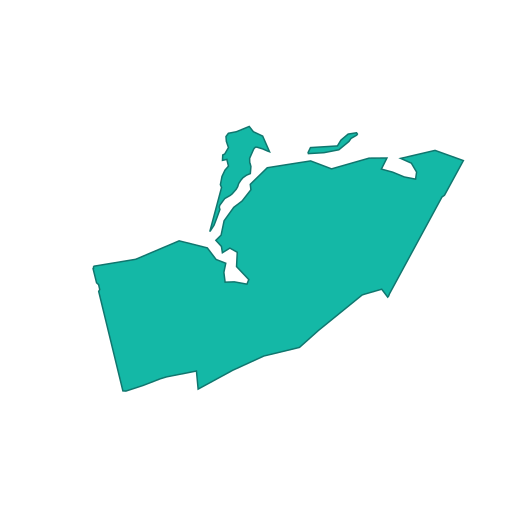 the district of Juneau, Alaska, United States of America, rotated 118°
{"feature_id": "52423323B73641468228234", "entity_name": "Juneau", "entity_type": "district", "adm_level": 2, "iso_a3": "USA", "parent_name": "United States of America", "parent_adm1": "Alaska", "projection": "natural_earth1", "projection_center": [-134.408, 58.383], "detail": "fine", "context": "isolated", "style": "filled", "palette": "teal", "viewbox_px": 512, "rotation_deg": 118, "n_neighbors": 0, "source": "geoboundaries", "source_scale": "gbopen_adm2", "svg_char_len": 1670}
<svg xmlns="http://www.w3.org/2000/svg" viewBox="0 0 512 512"><g transform="rotate(118 256 256)"><path d="M74.4,117.7L78.7,147.5L101.9,174.1L101.1,162.4L106.5,153.6L113.2,151.2L116.6,162.2L117.8,174.7L120.4,186.1L108.0,186.4L116.5,202.1L143.6,230.2L146.4,252.4L161.4,272.4L172.8,287.5L195.4,294.7L199.9,291.6L214.0,294.1L223.5,298.5L239.9,300.7L254.0,296.6L261.0,298.8L263.8,291.0L268.9,287.2L261.3,282.8L261.5,274.3L274.5,268.2L280.2,251.3L285.1,250.8L289.0,263.0L293.6,271.0L285.5,276.7L276.6,279.3L277.8,289.6L271.7,302.8L278.7,331.0L315.4,360.7L341.0,394.2L342.1,394.3L343.3,393.6L343.7,393.9L354.5,384.2L355.2,381.5L359.0,378.2L361.1,378.3L437.6,310.2L436.3,307.4L423.3,294.9L409.5,283.0L404.7,278.2L385.5,254.6L400.7,244.6L367.8,222.9L340.6,202.1L316.3,174.7L292.4,165.9L240.6,144.0L238.8,142.3L226.3,129.4L230.5,120.4L229.1,120.1L226.7,120.4L116.6,119.5L113.9,118.1L74.4,117.7ZM255.5,308.4L255.4,308.1L248.4,307.5L240.4,308.5L231.9,309.7L230.0,311.4L228.1,311.8L220.0,310.6L214.6,307.2L212.3,306.2L206.3,304.8L203.4,304.7L200.3,305.3L196.5,305.0L193.1,304.3L189.1,302.3L185.9,299.7L179.4,302.5L176.9,304.8L176.8,305.2L172.7,307.5L163.3,308.2L162.1,308.2L160.2,307.6L159.5,306.4L158.3,300.3L157.9,295.0L157.6,293.0L147.0,306.4L147.5,316.7L144.8,322.8L155.5,331.7L160.6,338.0L164.6,338.6L168.7,336.0L173.2,331.2L180.6,331.5L182.4,332.8L187.3,330.5L184.4,327.1L189.6,322.5L194.7,323.7L201.7,323.4L209.8,320.9L211.6,318.6L255.5,308.4ZM100.7,223.7L100.0,225.1L105.1,231.9L113.8,235.4L120.6,235.8L134.7,258.8L140.2,258.6L141.0,257.8L132.8,244.4L123.3,232.7L111.2,227.7L107.6,227.3L102.0,223.8L100.7,223.7Z" fill="#14b8a6" stroke="#0f766e" stroke-width="1.5"/></g></svg>